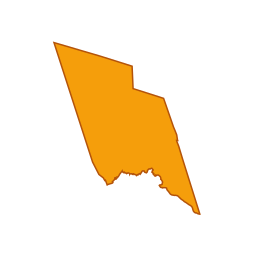 Palauli East, Palauli, Samoa, rotated 342°
{"feature_id": "51752279B87683289177764", "entity_name": "Palauli East", "entity_type": "district", "adm_level": 2, "iso_a3": "WSM", "parent_name": "Samoa", "parent_adm1": "Palauli", "projection": "orthographic", "projection_center": [-172.295, -13.729], "detail": "fine", "context": "isolated", "style": "filled", "palette": "amber", "viewbox_px": 256, "rotation_deg": 342, "n_neighbors": 0, "source": "geoboundaries", "source_scale": "gbopen_adm2", "svg_char_len": 2388}
<svg xmlns="http://www.w3.org/2000/svg" viewBox="0 0 256 256"><g transform="rotate(342 128 128)"><path d="M84.0,23.9L83.8,149.5L86.0,163.2L89.1,167.8L89.5,169.9L89.8,170.9L90.4,170.7L90.5,173.0L90.6,175.7L91.5,175.5L93.1,175.5L95.3,175.6L96.3,175.5L96.8,175.2L96.7,174.1L97.1,174.1L98.2,173.4L99.5,172.8L99.7,172.5L100.0,171.4L100.5,171.4L100.4,171.9L100.6,172.2L100.4,172.8L100.9,172.9L101.3,172.4L102.1,172.2L102.3,171.8L102.3,171.2L102.5,171.2L102.7,171.6L103.1,171.6L103.6,171.3L104.4,170.7L105.9,169.3L107.9,167.9L108.8,167.5L109.2,167.1L109.2,168.0L110.1,169.2L110.6,169.3L110.8,168.8L111.0,168.9L111.0,169.6L111.6,170.0L112.1,170.1L112.6,171.0L114.1,170.7L114.4,170.8L115.5,171.8L115.4,172.4L115.6,172.2L116.0,172.3L117.3,172.6L117.7,173.3L118.3,173.7L118.6,173.1L118.9,173.1L119.3,173.4L119.7,174.1L120.2,174.3L121.1,175.0L121.3,175.9L121.6,175.9L122.8,175.3L123.1,175.6L123.3,175.3L124.6,175.0L124.8,175.1L125.2,175.8L125.5,175.6L125.2,175.3L125.4,175.0L126.2,174.9L126.8,174.7L127.5,174.0L127.7,173.6L128.7,173.3L129.3,173.5L129.9,173.7L129.8,174.0L130.2,174.3L130.1,174.8L130.3,175.3L130.8,175.8L131.5,176.0L131.7,176.3L132.5,175.9L132.9,175.4L133.4,174.7L133.4,174.3L134.2,174.0L134.8,173.5L135.7,173.4L136.2,173.9L136.9,173.6L138.1,173.6L138.4,173.9L138.4,174.5L138.6,174.7L139.0,175.3L138.9,175.8L138.1,176.0L138.0,176.5L137.4,177.0L137.5,177.4L137.2,177.5L137.6,178.2L137.8,178.8L138.3,179.0L138.4,179.3L137.8,179.7L138.1,180.2L138.5,181.6L138.9,182.1L139.2,182.2L139.9,182.1L140.1,181.9L140.1,181.5L140.8,181.9L141.2,181.8L141.9,182.0L142.5,182.3L143.7,184.3L143.7,185.9L143.3,186.9L143.7,187.5L144.0,188.6L144.2,190.1L143.2,191.6L143.0,192.2L142.1,192.3L141.2,192.1L140.5,192.0L140.0,192.3L140.6,194.4L141.3,195.0L142.1,195.2L142.4,195.7L143.3,195.7L144.5,196.1L145.6,196.6L146.1,197.1L146.0,198.1L146.2,199.6L146.9,200.8L147.2,202.0L147.9,204.0L148.5,204.7L149.1,205.3L150.2,205.8L151.2,206.4L152.4,206.7L153.4,207.3L154.2,207.7L156.6,212.2L158.0,213.9L158.8,215.4L160.1,216.8L162.3,219.8L163.3,220.8L164.3,222.3L164.6,223.8L164.5,225.7L164.5,227.1L165.1,228.7L165.9,229.6L166.9,229.9L167.8,231.0L169.3,232.0L169.7,232.1L170.3,175.4L170.6,160.9L170.3,156.1L170.4,154.8L171.4,155.2L171.4,154.5L172.2,149.6L171.9,144.7L171.6,141.3L171.0,110.8L145.0,92.1L151.0,70.5L123.8,51.1L114.6,44.8L107.7,40.1L84.0,23.9Z" fill="#f59e0b" stroke="#b45309" stroke-width="1.5"/></g></svg>